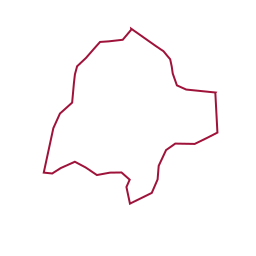 Buk-gu [North Distrikt], Daegu, South Korea (Robinson projection), rotated 214°
{"feature_id": "91817680B84202113891253", "entity_name": "Buk-gu [North Distrikt]", "entity_type": "district", "adm_level": 2, "iso_a3": "KOR", "parent_name": "South Korea", "parent_adm1": "Daegu", "projection": "robinson", "projection_center": [128.573, 35.931], "detail": "fine", "context": "isolated", "style": "outline", "palette": "rose", "viewbox_px": 256, "rotation_deg": 214, "n_neighbors": 0, "source": "geoboundaries", "source_scale": "gbopen_adm2", "svg_char_len": 655}
<svg xmlns="http://www.w3.org/2000/svg" viewBox="0 0 256 256"><g transform="rotate(214 128 128)"><path d="M51.3,174.2L75.2,205.9L75.2,206.4L101.3,192.4L111.3,190.7L121.4,198.2L126.1,203.4L131.5,208.6L135.8,209.8L141.5,211.5L150.4,211.5L180.9,212.1L180.3,211.4L181.7,198.2L192.5,189.0L199.3,183.7L200.7,173.2L202.0,162.6L204.7,150.7L202.0,142.8L197.9,134.9L188.5,117.8L192.5,101.9L189.8,86.1L172.9,43.9L165.4,47.9L161.4,57.1L153.2,70.3L141.0,71.6L127.5,71.6L118.0,80.9L108.5,87.5L97.7,86.1L96.3,78.2L84.1,66.4L72.0,87.5L74.7,101.9L81.4,113.8L84.1,131.0L80.1,141.5L63.8,152.1L57.0,163.9L51.3,174.2Z" fill="none" stroke="#9f1239" stroke-width="2"/></g></svg>